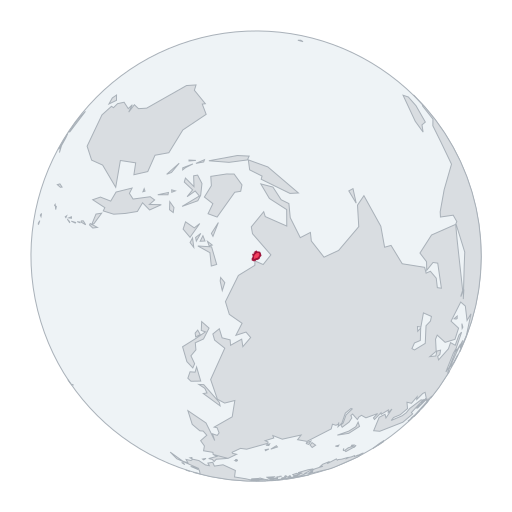 globe centered on Hainan, rotated 166°
{"feature_id": "CHN-1775", "entity_name": "Hainan", "entity_type": "Province", "adm_level": 1, "iso_a3": "CHN", "parent_name": "China", "parent_adm1": "", "projection": "orthographic", "projection_center": [109.857, 19.166], "detail": "fine", "context": "on_globe", "style": "filled", "palette": "rose", "viewbox_px": 512, "rotation_deg": 166, "n_neighbors": 0, "source": "natural_earth", "source_scale": "10m", "svg_char_len": 12928}
<svg xmlns="http://www.w3.org/2000/svg" viewBox="0 0 512 512"><g transform="rotate(166 256 256)"><circle cx="256" cy="256" r="225" fill="#eef3f6" stroke="#a8b0b8"/><path d="M459.6,339.0L459.3,340.4L459.1,340.7L459.6,339.0ZM369.2,61.2L362.9,58.1L362.8,62.0L370.3,67.7L362.7,63.5L381.9,78.4L386.7,86.5L376.7,74.7L372.1,71.7L373.1,75.5L368.6,73.3L366.5,74.1L361.0,71.4L355.6,65.5L352.0,63.8L352.8,66.7L347.9,66.3L347.2,62.2L338.5,61.4L327.9,52.9L330.3,46.8L319.8,42.3L310.2,37.4L306.5,36.6L301.0,35.3L318.8,39.7L336.2,45.5L353.0,52.7L369.2,61.2ZM288.9,33.1L290.0,33.4L288.1,33.2L284.4,32.7L283.8,32.5L285.6,32.7L284.3,32.5L288.9,33.1ZM468.5,181.6L466.7,177.1L467.4,178.5L468.5,181.6ZM465.9,175.4L466.5,176.7L466.0,175.9L465.9,175.4ZM465.7,175.5L465.9,175.5L465.9,176.0L465.7,175.5ZM465.7,176.2L465.7,175.6L465.8,175.9L465.7,176.2ZM465.0,175.9L464.8,175.7L464.5,174.6L465.0,175.9ZM375.9,65.3L374.5,64.4L372.2,63.0L372.7,63.3L375.9,65.3ZM376.6,72.8L375.6,70.8L378.1,73.6L376.6,72.8ZM367.1,74.7L368.8,76.1L367.0,76.0L367.1,74.7ZM357.0,71.9L353.5,71.7L356.1,70.8L357.0,71.9ZM350.9,70.9L342.5,71.0L345.6,73.8L332.1,66.4L343.7,68.4L346.4,66.7L347.5,69.1L350.9,70.9ZM292.0,33.7L290.6,33.4L295.2,34.2L292.0,33.7ZM295.5,34.3L312.4,38.2L312.6,38.9L306.9,37.2L310.0,38.9L301.8,37.2L298.2,35.9L299.7,35.7L295.4,35.3L295.5,34.3ZM325.9,62.6L323.1,62.0L325.0,61.6L325.9,62.6ZM287.7,33.2L291.1,33.7L291.6,34.2L284.8,33.3L286.8,33.4L287.7,33.2ZM314.8,40.3L314.0,40.8L307.1,39.5L305.8,39.6L301.6,37.2L314.8,40.3ZM284.9,33.1L281.4,32.9L277.8,32.3L284.4,32.8L284.9,33.1ZM294.5,34.9L294.4,35.2L292.3,34.6L294.5,34.9ZM263.1,31.0L267.1,31.2L267.7,31.4L263.1,31.0ZM280.4,32.9L281.6,33.1L282.3,33.3L279.3,33.2L280.4,32.9ZM297.0,36.6L294.3,36.2L298.4,37.5L293.4,36.9L291.5,35.6L290.2,35.9L288.7,35.8L288.9,34.9L297.0,36.6ZM278.4,33.8L274.3,32.5L266.6,31.9L265.9,31.6L278.3,32.7L278.4,33.8ZM284.5,34.5L280.6,33.9L281.7,33.6L285.1,33.8L284.5,34.5ZM290.7,37.2L298.9,38.4L299.0,38.7L290.7,37.2ZM276.0,33.6L277.0,34.0L275.3,33.6L276.0,33.6ZM285.9,36.0L288.8,36.3L288.9,36.6L285.9,36.0ZM276.7,34.7L275.4,34.1L277.6,34.1L276.7,34.7ZM280.8,35.3L280.2,35.7L279.3,34.4L282.0,35.4L280.8,35.3ZM285.5,36.3L286.5,36.6L284.3,36.1L285.5,36.3ZM269.0,35.3L267.3,33.7L272.2,33.6L273.2,35.0L269.0,35.3ZM81.4,113.7L79.8,116.3L77.9,119.2L71.3,127.5L61.4,147.9L66.8,142.4L65.0,156.8L68.5,161.8L82.5,145.6L76.9,137.0L83.1,127.0L93.4,126.5L99.3,135.4L101.9,131.9L104.2,120.0L111.7,116.3L105.7,115.5L103.5,120.0L99.7,120.0L101.4,116.0L104.0,114.6L104.0,111.0L91.7,119.4L88.2,124.9L84.3,121.2L78.1,130.3L74.9,132.4L84.1,118.1L87.9,114.1L99.8,97.6L95.5,101.2L83.9,117.4L84.8,115.0L78.8,121.2L84.1,114.7L97.9,97.1L98.4,95.1L96.0,97.4L109.8,84.6L110.0,84.4L110.5,84.0L119.4,76.9L117.5,78.4L120.9,75.8L119.1,77.6L125.4,74.2L124.9,75.9L136.0,69.4L137.3,69.7L130.3,73.3L125.2,77.1L124.9,82.8L127.4,82.3L134.7,77.9L133.7,80.5L140.8,75.5L144.9,77.6L145.9,71.3L154.4,67.1L161.6,66.0L164.6,63.7L152.9,65.6L148.1,67.6L143.7,70.9L130.7,76.5L128.9,75.9L143.1,66.5L142.2,64.9L153.7,59.2L178.3,56.0L184.1,58.0L175.5,69.7L169.1,71.2L169.1,67.4L161.1,74.6L165.6,72.2L164.8,74.6L172.8,72.1L172.6,73.7L180.6,68.7L181.2,70.5L176.1,73.7L188.5,72.4L192.2,75.9L195.1,74.9L197.2,72.8L200.5,79.3L202.5,78.3L202.2,75.7L205.9,72.3L213.8,69.0L214.5,71.4L211.8,72.9L207.0,80.1L199.6,84.3L200.7,85.1L207.3,82.0L213.1,73.1L217.7,70.5L215.8,74.5L216.9,72.9L219.4,72.4L222.5,74.3L224.9,70.0L251.4,63.8L260.1,67.7L255.5,71.4L274.8,71.9L283.1,77.7L282.8,75.1L291.8,74.6L289.3,72.6L289.8,71.4L311.8,70.8L317.6,73.1L326.7,71.3L326.5,70.2L322.8,68.3L332.1,66.4L345.6,73.8L345.3,75.9L354.0,79.7L352.0,84.2L354.4,90.2L347.1,94.0L349.6,98.9L352.8,100.0L358.6,108.1L359.5,122.4L344.9,106.1L340.7,86.9L341.2,94.0L337.0,91.3L334.6,93.3L335.3,98.8L338.0,100.1L318.0,105.7L311.5,120.9L322.0,120.9L328.1,126.4L329.9,147.1L308.6,174.1L316.5,184.4L316.7,190.8L309.2,194.3L308.7,184.8L301.4,180.9L302.3,175.5L290.0,178.8L290.7,171.2L280.9,178.2L284.1,184.6L294.7,183.9L285.8,194.1L296.0,205.8L296.7,219.1L277.8,241.4L259.4,247.2L258.2,251.4L251.1,246.0L241.3,253.5L254.0,278.5L253.5,285.4L237.8,297.1L237.5,292.0L218.9,277.6L215.0,293.6L229.1,308.6L233.9,324.8L222.9,318.8L218.0,304.5L211.4,298.9L213.5,284.9L208.6,263.1L197.5,265.7L198.7,257.2L190.3,238.4L174.5,241.4L149.2,259.6L145.2,280.8L136.7,288.4L127.7,254.7L129.1,233.4L122.4,233.6L116.0,213.1L95.1,204.2L95.1,198.2L90.5,199.0L86.5,190.9L87.7,181.4L83.9,179.9L81.4,205.1L85.8,206.9L93.8,200.8L91.9,209.2L96.2,219.2L80.6,233.9L54.6,238.4L57.1,222.0L63.8,172.6L66.4,168.5L66.7,167.9L67.1,167.0L62.4,173.2L65.3,164.0L56.3,196.3L52.5,209.3L54.2,239.1L52.8,240.8L54.8,247.9L67.6,249.2L66.6,254.3L57.4,274.8L44.1,297.8L48.9,321.3L52.9,339.6L51.2,346.0L58.0,361.1L58.0,363.0L62.4,371.1L64.2,374.2L56.1,359.9L49.1,345.1L43.2,329.9L38.4,314.2L34.7,298.3L32.2,282.1L30.9,265.7L30.8,249.4L31.9,233.0L34.2,216.8L37.6,200.8L42.2,185.1L47.9,169.7L54.7,154.8L62.6,140.5L71.5,126.7L81.4,113.7ZM100.4,154.9L107.3,160.3L113.2,147.2L116.4,148.5L117.3,143.8L113.6,146.3L117.0,134.3L123.3,133.3L127.1,128.4L124.9,126.5L112.9,130.3L107.9,147.2L102.5,150.6L100.4,154.9ZM140.8,62.4L141.7,61.9L138.1,64.2L134.5,66.3L134.7,66.2L140.8,62.4ZM126.2,71.9L127.0,71.4L130.4,69.0L133.9,67.0L147.8,58.9L148.0,59.3L145.5,60.3L144.2,61.5L139.9,63.5L126.4,72.7L122.3,75.3L125.4,72.4L126.2,71.9ZM183.3,42.9L189.3,40.9L181.7,44.2L177.0,45.8L177.3,45.0L183.2,42.8L183.3,42.9ZM273.4,31.4L280.0,32.0L279.6,32.2L276.0,32.0L273.0,31.8L274.2,31.6L269.3,31.5L268.8,31.2L264.9,31.0L257.4,30.7L273.4,31.4ZM230.5,32.2L231.4,32.1L235.4,31.7L235.9,31.6L231.9,32.0L238.5,31.5L238.1,31.6L244.7,31.8L254.4,31.7L257.1,32.0L253.1,32.2L258.6,32.5L252.8,33.3L254.6,33.7L250.7,35.2L241.9,35.8L244.5,36.3L241.7,37.8L234.4,38.8L237.1,37.3L227.1,39.7L226.5,38.2L225.4,38.6L222.1,38.1L216.2,38.3L217.0,37.6L214.4,38.1L212.1,38.0L208.8,38.5L209.0,37.6L204.9,38.2L207.4,37.5L200.2,38.9L205.6,37.5L203.3,37.7L199.3,39.0L205.8,36.4L230.5,32.2ZM267.6,35.6L257.2,36.0L251.8,35.6L260.9,33.3L260.1,32.8L265.7,32.0L273.5,32.8L271.1,32.9L270.7,33.2L268.4,32.8L269.9,33.4L266.7,33.7L267.0,34.3L263.6,34.1L267.6,35.6ZM80.2,117.2L79.6,118.7L79.5,119.9L75.8,124.1L80.2,117.2ZM89.4,105.2L89.4,105.5L84.1,111.4L84.8,110.2L89.4,105.2ZM94.0,101.0L89.9,105.1L92.5,102.2L94.0,101.0ZM130.9,73.6L131.5,74.0L129.8,75.2L127.3,76.4L130.9,73.6ZM204.7,48.0L207.1,46.6L208.3,46.6L216.1,44.5L217.1,45.8L212.9,47.6L204.7,48.0ZM79.0,147.2L75.3,149.1L76.0,146.6L77.1,146.4L79.0,147.2ZM73.5,135.8L72.6,140.6L72.5,136.9L73.5,135.8ZM207.1,49.0L210.1,47.9L208.8,49.3L207.1,49.0ZM218.3,46.7L217.4,48.1L218.2,45.7L218.3,46.7ZM158.5,452.6L163.2,455.2L160.3,454.5L158.5,452.6ZM68.9,348.2L74.4,376.4L69.7,373.4L64.4,363.1L59.3,345.0L63.2,343.1L63.9,335.8L68.9,348.2ZM291.2,363.3L298.0,364.4L297.8,365.3L291.2,363.3ZM284.0,359.9L291.9,360.4L282.7,361.9L284.0,359.9ZM294.9,360.6L302.9,358.8L306.3,357.3L305.7,359.3L294.9,360.6ZM278.7,359.8L249.8,358.0L238.5,354.6L241.1,351.3L259.5,353.4L278.7,359.8ZM240.2,351.1L222.9,339.5L199.6,306.9L207.9,308.5L232.4,329.2L230.8,332.1L241.3,341.1L240.2,351.1ZM282.3,335.0L280.6,344.2L264.7,342.7L257.4,340.8L252.4,328.4L255.2,322.5L261.2,323.0L284.3,303.2L292.3,308.6L285.2,317.2L291.8,325.7L282.3,335.0ZM146.0,283.0L150.2,296.7L145.6,297.9L146.0,283.0ZM293.8,288.7L284.4,297.6L293.0,285.5L293.8,288.7ZM299.0,277.1L299.5,281.9L295.8,277.2L299.0,277.1ZM257.8,257.9L251.5,258.6L251.4,255.2L259.4,252.4L257.8,257.9ZM297.1,230.6L296.8,240.4L295.5,243.7L292.7,237.7L297.1,230.6ZM220.4,62.5L208.4,63.6L200.5,66.2L197.1,70.1L196.8,65.6L208.9,61.5L220.4,62.5ZM247.5,63.1L250.4,60.4L252.6,61.8L252.2,62.6L247.5,63.1ZM246.8,61.4L243.9,58.0L247.8,56.6L249.3,59.5L246.8,61.4ZM225.0,52.3L221.4,52.4L222.6,51.2L225.0,52.3ZM406.6,421.5L407.5,421.6L401.0,427.5L392.8,434.0L386.5,437.6L406.6,421.5ZM352.4,445.9L353.7,440.8L361.9,439.1L357.2,444.1L352.4,445.9ZM412.2,416.4L418.0,410.2L421.7,403.9L419.2,409.1L422.0,407.4L408.9,420.5L412.2,416.4ZM326.3,425.9L282.2,438.2L272.8,436.5L275.7,431.7L268.3,416.0L271.4,416.4L270.1,405.5L296.5,396.0L315.6,377.3L329.6,378.2L340.6,364.1L354.8,364.4L350.2,375.5L364.5,381.5L375.5,356.6L382.8,381.3L392.3,388.8L393.3,403.4L371.3,430.2L360.0,436.2L358.4,434.4L353.5,437.3L346.8,437.1L344.3,429.9L339.4,432.7L344.7,426.4L337.4,432.2L334.4,427.4L326.3,425.9ZM427.5,369.8L429.2,370.0L431.5,373.3L428.8,373.4L427.5,369.8ZM455.1,346.2L455.4,347.8L453.8,349.2L455.1,346.2ZM459.1,340.7L457.2,342.6L459.6,339.0L459.1,340.7ZM438.5,352.6L439.2,353.9L438.4,354.7L438.5,352.6ZM437.8,352.3L439.1,349.5L438.7,352.1L437.8,352.3ZM430.0,340.8L431.2,339.2L431.6,340.2L430.0,340.8ZM308.1,364.6L317.8,357.5L322.9,356.9L308.1,364.6ZM428.5,338.3L425.6,338.7L425.9,337.3L428.5,338.3ZM428.8,335.0L428.6,333.1L430.2,337.4L428.8,335.0ZM423.4,331.7L426.8,334.5L422.9,332.2L423.4,331.7ZM421.2,332.6L418.6,331.5L418.8,330.9L421.2,332.6ZM391.0,339.5L400.8,350.1L392.7,350.8L383.7,344.4L376.3,351.9L359.8,351.9L363.7,347.4L361.5,341.0L344.3,339.1L340.8,334.9L347.0,331.8L335.5,328.7L348.1,326.4L353.2,335.1L360.3,327.9L372.4,328.9L384.0,331.0L393.3,336.7L391.0,339.5ZM348.0,345.8L350.2,345.7L348.2,348.4L348.0,345.8ZM413.7,327.5L417.4,331.1L417.0,332.3L415.1,331.9L413.7,327.5ZM395.4,334.9L405.4,326.6L407.7,326.4L401.1,335.4L395.4,334.9ZM403.0,322.1L407.6,322.6L410.0,326.4L409.0,327.6L403.0,322.1ZM322.3,338.2L321.8,340.6L318.5,338.7L322.3,338.2ZM326.6,336.7L336.5,339.2L325.6,338.8L326.6,336.7ZM296.4,327.9L299.3,333.8L308.5,330.2L301.5,335.5L307.7,345.1L305.6,348.7L299.4,338.3L297.1,348.9L293.1,348.6L290.9,339.4L295.0,328.3L299.1,323.7L315.7,322.0L296.4,327.9ZM326.5,329.6L323.9,322.8L325.8,318.2L328.7,321.8L326.5,329.6ZM316.1,306.2L309.1,298.2L302.7,301.1L315.5,290.1L320.2,299.7L316.1,306.2ZM310.1,288.6L304.1,291.3L310.3,284.9L310.1,288.6ZM302.6,288.5L301.9,282.9L306.6,283.8L302.6,288.5ZM313.2,288.9L314.3,279.4L316.7,285.0L313.2,288.9ZM299.9,270.4L310.0,279.8L296.9,275.6L296.2,257.3L301.8,257.1L299.9,270.4ZM330.5,198.2L329.1,193.2L334.1,192.1L333.7,195.9L330.5,198.2ZM349.2,185.7L335.0,190.3L323.4,194.6L327.1,197.0L324.6,205.5L319.0,197.4L327.0,188.2L335.9,186.5L337.0,179.5L343.3,174.9L341.6,166.3L344.4,162.7L348.6,170.2L349.2,185.7ZM340.5,162.7L339.9,148.0L349.4,150.2L351.7,153.9L348.0,159.6L343.2,158.0L340.5,162.7ZM342.5,145.2L337.8,143.8L327.0,122.9L327.1,119.3L340.4,135.3L336.7,135.0L337.7,140.0L342.5,145.2ZM324.1,63.3L323.2,62.2L325.6,63.3L324.1,63.3ZM288.2,70.4L289.4,69.0L292.1,70.0L288.2,70.4ZM294.0,65.8L290.1,65.6L293.9,64.8L294.0,65.8ZM281.4,65.5L288.4,65.0L282.1,67.0L281.4,65.5Z" fill="#d9dde1" stroke="#a8b0b8" stroke-width="1"/><path d="M260.3,254.0L260.2,254.1L259.9,254.3L259.8,254.5L259.7,254.5L259.6,254.4L259.7,254.2L259.5,254.3L259.6,254.5L259.4,254.8L259.3,255.0L259.2,255.0L259.0,255.3L258.9,255.4L258.9,255.6L258.8,255.9L258.7,256.0L258.4,256.1L258.5,256.1L258.6,256.3L258.6,256.2L258.6,256.3L258.5,256.6L258.4,256.8L258.4,257.0L258.2,257.2L258.1,257.3L258.3,257.4L258.4,257.5L258.4,257.4L258.4,257.2L258.5,257.5L258.4,257.5L258.2,257.6L258.1,257.8L258.0,258.0L258.0,257.9L257.8,258.0L257.8,257.9L258.1,257.9L257.9,257.9L257.7,258.0L257.4,258.1L257.1,258.3L256.9,258.5L256.7,258.6L256.8,258.7L256.8,258.8L256.8,259.0L256.8,258.9L256.7,258.9L256.7,259.1L256.4,259.1L256.5,259.0L256.6,258.9L256.4,258.9L256.4,259.0L256.2,258.9L256.2,259.0L255.9,259.1L255.7,259.0L255.5,259.4L255.5,259.5L255.4,259.4L255.3,259.5L255.5,259.6L255.4,259.8L255.3,259.6L255.1,259.7L255.1,259.8L254.9,259.9L254.9,259.7L254.8,259.8L254.7,259.7L254.6,259.8L254.6,259.7L254.4,259.4L254.0,259.4L253.6,259.4L253.4,259.4L253.3,259.2L253.1,259.1L252.8,259.1L252.7,259.1L252.4,258.9L252.2,258.7L251.9,258.6L251.7,258.6L251.6,258.4L251.7,258.2L251.7,257.9L251.7,257.7L251.5,257.4L251.4,257.3L251.4,257.2L251.5,256.9L251.5,256.7L251.4,256.2L251.5,256.2L251.6,255.9L251.4,255.8L251.4,255.7L251.5,255.7L251.4,255.6L251.5,255.5L251.5,255.4L251.6,255.2L251.8,255.2L252.0,255.1L252.2,254.9L252.3,254.8L252.5,254.7L252.8,254.4L253.1,254.3L253.1,254.2L253.3,254.2L253.5,254.0L253.6,253.9L253.8,253.8L254.0,253.9L253.9,253.8L253.9,253.7L254.0,253.6L253.9,253.6L253.7,253.7L253.5,253.8L253.4,253.8L253.4,253.7L253.6,253.4L253.7,253.2L253.8,253.1L254.0,253.0L254.3,253.2L254.4,253.3L254.5,253.2L254.5,253.3L254.8,253.3L255.0,253.3L254.8,253.2L254.7,253.1L254.8,253.1L254.8,252.9L255.0,252.7L255.2,252.8L255.2,252.7L255.3,252.7L255.5,252.7L255.5,252.8L255.8,252.9L255.9,253.0L256.0,252.9L256.3,252.8L256.4,253.0L256.5,253.1L256.6,252.9L256.8,252.8L257.0,252.8L257.0,252.7L257.0,252.8L256.9,252.8L257.0,252.7L257.4,252.5L257.5,252.6L257.8,252.5L258.0,252.8L258.0,253.0L258.0,252.9L258.0,252.7L257.9,252.7L257.9,252.4L258.1,252.5L258.3,252.6L258.5,252.6L258.6,252.8L258.7,252.7L258.7,252.8L258.8,253.0L258.8,252.9L258.8,252.7L258.7,252.6L258.6,252.4L258.8,252.3L259.0,252.1L259.2,252.4L259.2,252.5L259.3,252.5L259.7,252.7L259.8,252.7L260.0,252.7L260.1,253.2L260.2,253.5L260.2,253.8L260.3,254.0Z" fill="#f43f5e" stroke="#9f1239" stroke-width="1.5"/></g></svg>